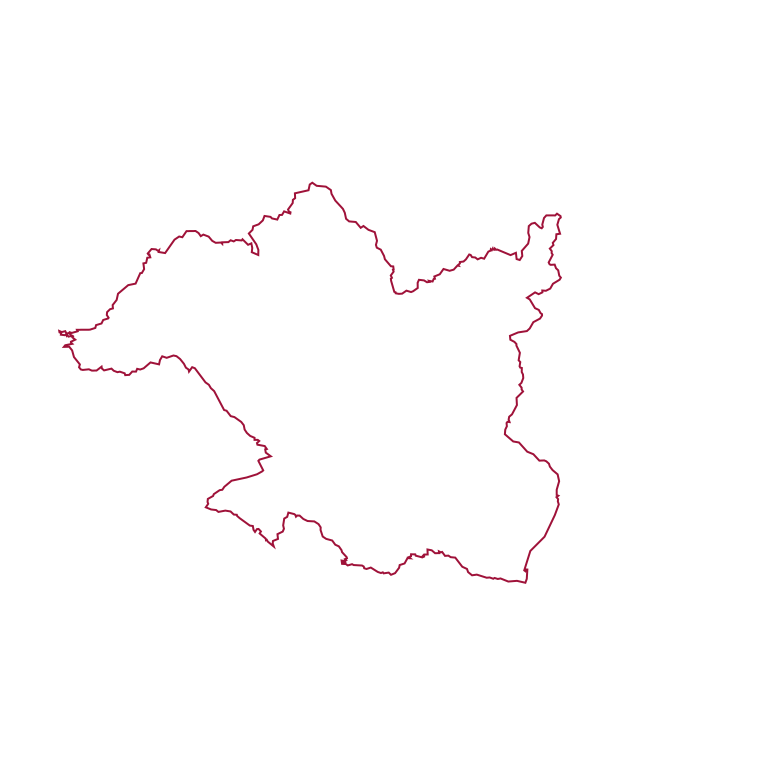 the district of Targu Lapus, Maramures, Romania, rotated 145°
{"feature_id": "2599482B38967406651067", "entity_name": "Targu Lapus", "entity_type": "district", "adm_level": 2, "iso_a3": "ROU", "parent_name": "Romania", "parent_adm1": "Maramures", "projection": "albers", "projection_center": [23.875, 47.456], "detail": "fine", "context": "isolated", "style": "outline", "palette": "rose", "viewbox_px": 768, "rotation_deg": 145, "n_neighbors": 0, "source": "geoboundaries", "source_scale": "gbopen_adm2", "svg_char_len": 6166}
<svg xmlns="http://www.w3.org/2000/svg" viewBox="0 0 768 768"><g transform="rotate(145 384 384)"><path d="M620.5,595.1L620.2,590.4L622.5,583.9L621.9,574.5L624.2,572.6L624.0,569.8L622.7,568.3L617.3,565.3L615.6,562.5L611.7,559.9L605.4,560.2L606.2,558.5L605.5,555.7L598.4,552.9L597.8,549.9L595.6,546.6L593.3,545.6L590.3,541.5L590.9,539.7L587.4,537.6L583.1,538.6L580.0,536.4L577.5,538.0L575.4,535.7L571.9,534.7L562.9,535.6L557.0,529.1L553.8,532.1L549.8,533.9L547.0,530.1L540.1,528.1L538.0,525.8L536.7,521.4L536.3,515.3L536.9,511.0L535.8,508.0L536.6,506.0L531.5,507.8L529.9,505.4L529.3,487.7L527.9,483.8L528.2,479.9L527.2,475.6L529.9,454.4L528.3,452.4L528.0,445.6L525.5,442.7L522.7,434.8L522.5,430.7L524.3,426.6L524.4,422.6L523.4,418.2L520.9,414.2L522.1,412.5L519.5,410.7L518.9,408.9L521.9,408.5L522.5,406.9L517.3,401.6L517.3,398.0L518.8,398.6L520.2,395.6L518.2,389.7L529.4,393.5L531.0,393.1L532.5,382.5L533.9,382.3L539.8,382.9L550.1,386.2L564.3,392.2L573.7,391.4L577.1,390.1L579.5,391.3L586.6,391.4L588.2,390.3L594.2,390.9L596.2,388.6L596.7,386.7L600.7,385.2L597.6,380.4L593.8,377.0L593.0,374.2L586.6,371.3L582.8,367.6L581.9,363.2L579.6,361.3L580.0,360.1L579.2,356.9L575.1,345.0L572.9,342.9L574.5,339.4L574.5,336.8L571.3,338.0L569.9,337.2L569.4,333.8L571.6,332.9L569.6,325.2L570.3,323.7L569.4,323.5L569.6,321.6L567.5,314.1L566.6,317.2L565.0,319.1L559.7,317.9L557.4,322.1L551.6,321.2L549.0,322.8L547.7,326.0L542.9,331.0L539.5,330.7L536.1,333.5L532.2,329.0L531.7,327.6L532.2,325.8L530.5,326.0L528.6,324.6L527.5,319.7L525.2,315.6L519.9,311.4L518.0,306.8L518.1,302.9L519.7,300.8L521.7,294.2L520.2,290.3L516.2,285.5L516.1,280.3L514.1,276.9L514.1,272.3L514.8,270.3L513.9,263.6L514.3,262.5L516.3,262.9L516.1,261.5L517.3,261.9L517.7,260.3L520.3,260.8L518.7,262.4L520.0,263.7L521.5,260.7L518.5,258.4L517.8,256.2L513.5,254.7L512.7,253.1L506.1,247.9L505.3,246.1L505.9,244.4L504.4,242.5L500.1,241.2L496.9,233.6L494.9,230.9L493.0,230.4L492.9,229.1L488.3,226.8L487.7,223.7L483.4,222.7L477.0,224.8L475.0,226.7L470.1,225.2L464.6,227.9L462.6,226.3L463.2,228.0L460.7,227.4L459.5,229.0L456.1,226.5L456.5,225.2L452.1,220.0L450.1,219.6L449.6,220.3L450.3,221.0L449.0,221.3L446.0,219.3L443.3,223.5L440.3,220.4L439.2,216.1L435.8,213.8L435.0,215.4L434.0,213.5L432.7,213.1L432.6,208.2L429.7,206.5L428.7,203.9L425.2,200.9L424.7,189.4L422.1,184.9L423.0,181.7L421.6,176.8L417.3,174.6L411.0,166.4L408.4,164.9L406.2,161.8L404.7,161.7L402.6,159.0L400.1,157.9L395.5,150.9L388.0,146.5L382.2,140.1L378.8,142.5L373.0,149.8L374.4,150.9L375.6,149.7L376.0,150.9L359.9,163.3L340.1,166.8L319.3,178.6L309.9,185.1L308.9,188.2L307.4,189.8L307.6,192.4L305.3,192.5L306.2,194.0L303.2,198.3L296.3,203.9L293.6,210.4L295.3,216.8L295.5,221.2L294.6,224.1L295.4,227.6L296.6,229.5L300.7,232.1L301.9,240.8L305.5,246.4L307.0,258.7L311.1,262.8L313.8,273.5L310.8,277.1L307.6,278.9L306.0,281.7L304.5,282.2L303.0,280.8L302.2,283.5L300.2,285.4L296.6,285.7L287.2,290.5L283.4,296.6L274.4,298.1L274.4,300.6L273.4,302.0L273.6,305.7L270.8,306.1L266.5,309.0L264.7,312.1L264.3,314.8L261.9,318.1L263.0,319.3L262.8,320.7L259.8,323.8L260.1,326.2L254.8,331.6L253.5,339.5L252.6,340.8L253.0,343.7L255.1,347.8L253.2,351.2L244.5,349.3L236.6,345.4L232.8,345.9L226.2,349.0L218.7,348.1L215.3,349.4L214.5,350.6L215.1,352.2L214.7,355.9L216.8,359.5L216.1,369.7L217.4,372.6L207.7,372.4L205.8,368.9L201.7,368.2L200.7,369.8L197.9,367.5L193.1,366.8L188.1,369.2L180.3,368.7L178.1,369.7L178.3,372.2L176.1,377.2L176.7,380.2L175.7,383.9L179.1,386.0L179.7,387.1L179.4,389.1L171.7,393.1L171.6,395.1L170.4,396.6L170.5,399.8L165.5,400.6L164.8,402.8L159.9,404.1L156.9,407.8L153.6,406.1L150.7,415.0L146.1,418.7L143.7,419.0L143.1,420.3L144.6,424.3L147.1,423.9L154.3,429.0L157.7,428.2L162.9,423.8L163.8,421.6L165.5,421.1L166.6,422.9L168.0,429.5L171.2,430.7L174.8,430.3L179.2,425.0L180.5,420.9L185.4,416.3L194.8,414.0L197.3,409.5L201.7,407.7L203.7,410.3L200.7,415.8L206.4,417.0L214.1,429.2L215.1,429.6L215.5,431.4L216.5,430.6L217.5,431.6L217.2,432.6L218.9,431.8L219.2,433.1L220.2,432.1L222.6,432.6L230.1,429.2L232.1,431.7L235.8,432.4L236.7,435.3L239.1,437.4L239.0,440.0L239.9,441.2L245.4,439.1L248.6,438.7L251.9,440.4L252.7,439.2L255.0,439.0L255.0,438.0L255.9,438.9L261.3,437.7L265.3,439.1L269.3,444.1L275.4,441.9L281.1,443.2L281.9,441.0L283.1,441.5L285.4,440.1L288.0,442.7L288.1,441.5L290.4,442.7L291.8,445.9L295.6,449.3L298.4,447.6L301.3,443.3L307.0,443.3L309.1,443.8L312.1,447.6L317.3,447.6L320.1,449.3L322.4,451.6L321.9,452.4L322.7,453.6L319.0,464.4L318.0,466.3L316.6,466.4L316.2,469.0L311.7,470.5L311.1,472.5L310.4,472.3L309.0,475.0L310.8,476.5L311.7,485.7L310.5,488.9L309.6,495.9L311.7,499.8L310.8,502.6L307.6,505.3L304.5,513.7L308.3,519.2L310.2,525.2L313.5,525.3L314.2,532.9L319.3,537.2L320.3,541.1L317.9,546.8L317.2,551.0L318.7,562.2L317.9,569.9L316.3,573.3L318.4,579.0L325.5,585.0L327.3,590.0L330.4,590.0L334.7,586.0L347.6,591.3L350.2,587.2L353.0,587.1L355.0,584.6L362.5,582.0L363.0,579.7L362.1,578.3L363.0,577.4L366.8,582.7L370.5,581.0L372.7,582.4L377.1,579.9L380.8,583.9L381.1,586.0L385.5,590.2L389.4,587.5L395.1,586.7L400.7,588.2L403.3,585.7L408.4,584.8L408.5,571.7L410.0,565.9L413.0,561.8L416.7,567.8L413.9,571.0L412.0,575.3L415.5,576.0L416.9,583.7L418.2,583.2L422.7,586.9L425.3,587.0L427.2,589.7L430.1,589.5L435.3,592.9L436.1,591.7L436.4,593.4L440.9,596.2L442.6,599.8L443.1,605.3L446.3,610.0L449.3,610.2L449.3,614.0L450.6,617.4L458.1,622.5L465.0,619.9L467.2,622.3L472.8,622.4L488.2,616.8L492.9,621.4L491.6,622.6L492.7,622.5L493.6,625.1L497.0,627.9L502.7,626.4L502.7,624.9L501.9,624.6L502.8,621.8L505.5,623.2L509.3,619.7L511.9,620.8L514.6,615.7L518.7,613.8L520.1,614.6L529.9,608.7L536.8,611.7L550.1,610.5L554.8,606.2L561.0,604.3L562.7,601.4L565.5,602.4L569.6,601.7L571.5,599.5L571.6,596.2L572.3,595.9L577.3,597.5L580.7,595.6L586.1,597.4L588.3,595.5L593.8,597.2L604.4,604.5L604.7,602.9L610.4,604.9L611.5,606.3L612.2,604.3L613.3,606.8L615.2,607.2L614.8,610.1L618.2,611.4L619.6,613.7L620.2,612.4L619.2,610.9L620.4,609.7L617.4,607.0L615.5,607.1L616.1,605.6L615.4,605.8L615.3,603.8L611.5,602.2L611.3,601.4L612.5,600.9L611.5,597.4L616.2,598.2L616.7,597.5L616.3,595.7L622.9,598.6L624.9,598.0L620.5,595.1Z" fill="none" stroke="#9f1239" stroke-width="2"/></g></svg>